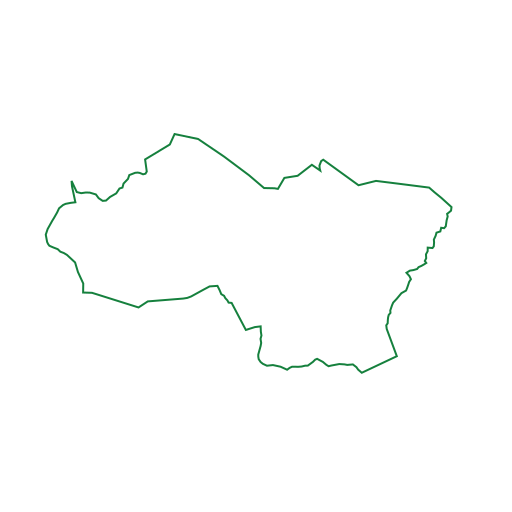 Caicó, Rio Grande do Norte, Brazil, rotated 258°
{"feature_id": "56859067B32446834792764", "entity_name": "Caicó", "entity_type": "district", "adm_level": 2, "iso_a3": "BRA", "parent_name": "Brazil", "parent_adm1": "Rio Grande do Norte", "projection": "orthographic", "projection_center": [-37.055, -6.462], "detail": "fine", "context": "isolated", "style": "outline", "palette": "green", "viewbox_px": 512, "rotation_deg": 258, "n_neighbors": 0, "source": "geoboundaries", "source_scale": "gbopen_adm2", "svg_char_len": 2212}
<svg xmlns="http://www.w3.org/2000/svg" viewBox="0 0 512 512"><g transform="rotate(258 256 256)"><path d="M320.6,54.8L313.2,54.6L311.0,55.1L309.0,56.0L306.5,59.5L303.9,63.5L300.9,65.5L298.9,68.6L296.4,71.3L287.3,77.7L277.4,78.5L265.0,81.3L256.2,79.3L254.1,87.9L252.2,91.3L230.1,130.4L234.1,140.7L229.5,176.0L229.3,180.1L229.9,184.1L234.0,197.7L235.9,204.3L234.8,212.1L230.2,213.3L225.9,214.1L223.7,216.5L221.2,217.2L218.5,218.8L216.1,219.5L215.2,222.4L185.8,230.7L186.7,240.1L186.2,245.9L180.9,245.0L177.1,244.8L174.0,243.2L169.9,243.0L167.0,241.8L159.1,237.7L157.0,237.3L154.5,237.2L151.3,238.5L149.1,240.3L146.4,243.9L145.8,249.9L142.6,257.0L138.3,262.8L139.6,265.7L140.2,268.3L138.8,274.5L138.4,277.7L138.5,281.2L138.0,283.9L140.6,289.7L142.3,292.3L142.7,294.4L138.5,299.4L134.9,302.2L133.1,304.1L133.2,306.9L133.0,315.0L131.6,320.0L130.5,322.6L129.8,328.2L126.4,331.1L123.6,332.3L119.8,335.2L128.7,372.9L157.5,368.7L161.1,369.0L162.8,370.8L166.2,371.7L168.6,372.5L170.8,373.6L172.4,375.7L174.8,376.0L179.5,378.8L181.9,380.5L184.9,384.8L189.4,390.5L191.0,395.6L193.2,397.1L196.5,399.1L198.8,400.4L201.1,402.7L204.4,401.9L208.3,399.7L209.7,403.5L209.5,407.0L209.8,410.9L211.3,412.7L211.9,415.6L212.9,418.8L213.8,421.1L216.0,420.1L218.4,422.0L222.3,422.6L225.0,424.9L228.5,425.7L227.1,430.3L228.5,431.9L232.2,433.0L235.1,433.4L238.4,435.9L241.3,437.4L241.7,441.4L245.1,443.0L244.1,445.8L245.6,447.8L251.3,449.9L254.8,451.7L257.5,451.7L258.5,453.8L259.8,456.2L263.2,457.4L274.3,449.4L281.4,443.7L286.9,439.6L296.4,412.4L304.5,389.0L304.4,385.7L303.9,371.0L336.2,341.8L335.3,339.5L331.3,336.9L328.4,336.5L326.2,336.6L333.6,329.6L325.8,313.4L326.5,300.0L317.1,291.4L318.4,288.2L320.8,278.0L336.5,265.9L359.8,245.5L382.5,223.7L392.2,201.7L383.0,194.9L373.5,167.6L361.3,166.7L359.5,165.0L359.4,162.5L361.4,159.6L362.2,157.6L362.5,155.1L361.5,148.9L358.0,146.8L354.4,141.5L350.7,139.6L350.4,136.5L346.3,132.3L344.1,125.5L341.4,120.8L341.8,117.5L345.3,114.1L349.5,112.2L352.6,106.5L353.5,102.6L353.8,98.1L355.8,94.0L364.7,91.9L367.8,91.2L362.5,90.5L346.1,90.5L346.5,86.0L346.6,80.6L346.0,77.9L343.6,73.3L339.9,70.5L335.3,66.4L332.9,64.1L325.7,57.8L320.6,54.8Z" fill="none" stroke="#15803d" stroke-width="2"/></g></svg>